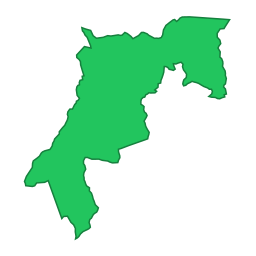 the district of Taquara, Rio Grande do Sul, Brazil, rotated 178°
{"feature_id": "56859067B74945803904377", "entity_name": "Taquara", "entity_type": "district", "adm_level": 2, "iso_a3": "BRA", "parent_name": "Brazil", "parent_adm1": "Rio Grande do Sul", "projection": "robinson", "projection_center": [-50.778, -29.634], "detail": "fine", "context": "isolated", "style": "filled", "palette": "green", "viewbox_px": 256, "rotation_deg": 178, "n_neighbors": 0, "source": "geoboundaries", "source_scale": "gbopen_adm2", "svg_char_len": 3339}
<svg xmlns="http://www.w3.org/2000/svg" viewBox="0 0 256 256"><g transform="rotate(178 128 128)"><path d="M29.3,163.6L31.0,165.6L30.6,167.5L29.1,168.7L28.0,174.1L28.9,177.2L28.7,179.2L29.0,181.7L31.4,186.3L30.9,189.0L31.0,191.1L32.0,194.0L33.7,195.7L33.2,200.9L35.3,204.8L34.2,206.9L32.4,209.1L33.1,212.6L35.6,215.6L35.6,219.4L32.5,223.8L28.6,224.0L27.5,225.7L22.7,232.7L29.7,233.5L46.0,235.2L55.5,236.2L62.5,236.9L67.8,237.0L70.0,237.0L72.2,236.0L73.7,234.3L75.7,232.8L77.6,234.8L79.3,234.4L80.8,233.3L82.6,232.1L86.5,229.2L89.1,224.8L89.7,221.9L90.1,219.8L91.6,217.2L94.3,216.5L96.5,216.8L98.4,216.7L104.1,220.0L105.5,221.4L109.1,223.0L111.2,223.0L114.2,220.0L120.0,217.1L121.8,219.4L125.4,222.4L127.8,223.6L130.7,221.0L132.4,220.8L134.5,221.4L141.9,220.5L145.1,221.0L149.5,219.5L156.4,218.8L159.6,221.4L161.9,226.8L166.9,228.4L170.6,229.9L170.1,226.6L168.8,225.1L167.7,222.4L165.6,220.0L162.6,211.8L162.2,209.2L168.7,210.9L176.8,202.7L176.7,200.2L174.4,198.1L173.2,196.0L173.1,192.7L171.6,186.9L170.8,184.0L170.2,181.7L172.0,181.3L171.6,177.9L174.3,177.3L175.1,175.2L175.0,172.9L176.6,172.3L177.7,170.8L178.3,168.0L177.7,162.4L175.5,159.4L176.8,157.5L178.6,156.6L179.0,154.7L180.4,153.4L181.4,151.6L182.8,148.9L185.5,148.9L187.5,146.3L188.1,143.8L187.4,141.4L188.4,138.0L189.9,135.3L191.1,132.9L193.3,130.7L196.8,126.7L196.9,124.4L199.4,121.9L201.7,119.6L202.4,117.5L203.8,115.4L204.4,112.6L206.7,109.3L211.9,108.1L214.2,107.1L215.6,105.9L217.4,103.0L220.0,101.0L223.8,98.4L224.6,96.0L225.0,91.9L226.8,89.4L231.2,83.2L233.3,78.2L232.5,76.1L232.2,73.9L225.6,72.9L223.3,73.5L221.2,76.3L213.2,76.6L209.6,78.2L197.3,39.8L195.5,41.8L191.6,42.0L188.3,35.7L185.7,33.2L184.1,29.5L184.3,26.0L183.7,21.5L184.3,19.0L182.4,20.0L180.9,21.3L179.2,23.8L176.6,26.0L170.8,28.6L169.1,30.1L169.4,32.3L170.2,34.9L169.4,37.9L167.7,39.2L166.7,41.0L165.6,42.8L164.1,44.0L162.3,45.0L161.2,46.9L160.4,49.3L163.4,52.5L164.5,56.3L165.3,58.3L165.9,61.3L166.8,64.2L168.8,66.5L168.6,69.6L171.4,71.6L172.2,73.4L172.9,76.0L173.7,77.8L173.6,79.7L174.1,82.1L173.6,84.9L171.7,88.3L172.5,92.0L173.7,93.9L173.6,96.9L171.9,100.0L169.6,100.0L165.2,98.1L158.1,97.9L154.8,96.6L149.4,95.7L147.6,94.7L144.9,93.7L142.6,93.7L139.4,93.8L138.5,96.4L137.2,98.5L137.2,100.5L138.3,104.4L138.3,107.1L135.6,107.8L127.7,110.5L119.4,113.1L113.0,115.1L110.5,115.9L108.7,116.5L108.2,118.8L107.5,120.6L107.0,122.9L108.5,125.5L109.4,127.3L110.3,129.3L110.8,132.3L111.7,134.3L110.7,135.9L109.5,137.8L108.5,139.8L109.4,142.0L110.9,143.3L111.7,145.7L111.2,148.8L112.5,150.1L114.3,151.3L114.2,154.3L113.6,156.4L111.9,158.0L110.2,158.3L109.0,160.7L107.3,161.3L106.0,162.5L104.3,162.2L102.5,162.2L99.8,162.2L98.1,163.7L100.0,165.1L96.6,167.7L96.3,171.2L93.8,171.8L93.4,174.4L92.2,177.1L91.3,179.5L90.3,182.6L89.9,186.0L89.6,188.2L87.7,188.0L86.0,187.0L84.8,185.2L82.4,184.6L80.6,184.0L78.8,185.2L80.0,188.3L80.4,190.7L77.9,190.3L75.2,191.3L72.6,191.9L70.8,189.8L71.4,187.4L70.5,184.2L68.6,181.5L67.6,179.7L68.0,176.4L70.5,174.2L71.3,172.0L71.7,170.1L70.9,168.2L68.7,168.7L67.0,170.2L64.1,171.4L62.4,172.4L60.5,171.7L58.0,171.0L55.8,170.1L53.4,168.5L50.7,166.8L49.0,166.1L47.1,165.3L45.4,163.9L43.2,163.8L42.4,161.7L43.1,159.1L46.1,156.7L43.6,155.9L39.6,155.5L37.5,154.3L35.3,154.0L33.0,155.0L30.2,155.7L30.7,157.9L28.5,158.5L29.3,163.6Z" fill="#22c55e" stroke="#15803d" stroke-width="1.5"/></g></svg>